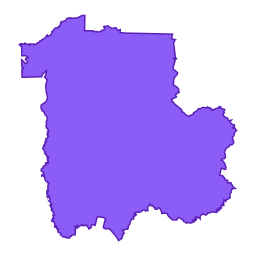 outline of Chau Duc, Bà Rịa - Vũng Tàu, Vietnam
{"feature_id": "81297802B77796697839152", "entity_name": "Chau Duc", "entity_type": "district", "adm_level": 2, "iso_a3": "VNM", "parent_name": "Vietnam", "parent_adm1": "Bà Rịa - Vũng Tàu", "projection": "orthographic", "projection_center": [107.232, 10.656], "detail": "fine", "context": "isolated", "style": "filled", "palette": "violet", "viewbox_px": 256, "rotation_deg": 0, "n_neighbors": 0, "source": "geoboundaries", "source_scale": "gbopen_adm2", "svg_char_len": 5744}
<svg xmlns="http://www.w3.org/2000/svg" viewBox="0 0 256 256"><path d="M122.0,238.4L122.3,236.0L123.0,235.5L122.5,234.2L123.3,233.2L123.6,233.6L124.2,233.4L123.4,231.8L123.6,231.0L122.6,230.1L124.4,229.9L125.7,229.1L127.7,229.3L128.4,227.0L127.9,226.4L129.7,224.4L130.2,221.9L132.1,218.6L134.1,219.3L133.4,218.8L133.8,216.8L136.3,214.8L135.7,214.0L134.6,214.6L135.2,213.6L134.4,213.7L134.3,213.3L135.8,212.4L140.0,212.2L143.8,209.7L145.7,211.0L146.6,210.3L147.8,210.7L147.6,206.9L149.7,204.9L149.7,203.8L150.2,203.9L151.0,205.8L152.8,205.7L154.2,207.9L155.4,208.0L155.3,209.2L157.4,209.2L158.1,207.9L159.6,208.0L161.6,211.6L161.7,213.4L165.3,213.1L167.8,214.1L167.7,215.0L168.7,216.6L169.6,216.9L170.2,218.2L171.2,218.5L172.2,219.8L176.9,220.0L178.1,217.4L178.6,217.4L182.9,219.9L183.8,221.6L185.3,222.0L186.5,223.2L188.0,222.5L190.5,223.1L194.1,221.8L194.1,220.9L192.7,220.5L194.6,219.1L195.7,220.5L196.5,219.2L195.4,217.2L196.9,216.9L198.4,218.1L199.6,217.8L200.1,218.6L200.1,216.3L202.9,213.7L205.7,215.1L207.6,213.8L207.9,212.6L209.9,213.0L211.6,211.8L216.6,212.4L217.3,211.5L216.3,210.0L216.8,209.3L217.6,209.4L217.5,210.6L219.0,210.6L218.9,209.1L220.1,209.1L221.2,208.3L221.3,207.5L220.2,207.5L220.9,207.0L221.1,205.8L223.9,205.4L223.8,204.9L222.2,204.6L223.8,203.2L223.1,202.5L223.9,201.5L224.0,199.8L225.8,201.4L226.1,199.7L227.2,199.6L230.2,197.7L229.8,194.2L231.2,192.4L230.9,191.5L231.6,189.8L232.9,188.5L235.2,188.4L233.1,186.9L230.8,182.6L227.3,182.8L227.8,180.4L225.1,179.9L225.0,178.8L223.0,176.0L219.7,175.0L221.2,168.5L222.0,168.3L224.7,169.5L225.6,169.2L226.1,167.8L224.7,163.3L223.1,161.1L221.4,160.2L222.0,158.9L224.0,158.8L225.5,157.6L225.1,153.9L224.3,152.0L226.2,148.3L228.9,146.6L230.1,144.8L232.1,144.7L233.6,143.1L233.8,142.3L232.3,137.6L233.6,136.1L235.1,131.7L236.6,130.5L235.1,128.6L233.0,128.1L232.9,127.4L234.5,127.3L234.4,124.9L232.3,124.4L230.4,122.5L230.0,121.5L231.3,120.2L228.8,120.6L227.9,119.7L227.6,118.1L225.4,117.5L223.0,115.1L223.2,113.9L224.3,112.9L223.8,111.5L224.8,109.6L221.3,108.5L220.7,106.8L219.0,106.6L218.8,108.2L217.9,107.9L213.6,109.5L213.5,110.3L212.3,109.6L211.7,110.2L211.0,109.8L210.5,109.3L211.0,108.4L209.2,107.6L208.3,107.9L207.6,106.9L206.4,107.8L203.3,107.4L201.8,107.7L201.1,108.8L198.4,108.7L197.5,110.4L193.5,112.8L193.3,114.3L188.6,116.1L186.8,115.6L183.2,112.2L182.3,112.2L181.7,110.0L180.3,108.6L174.7,104.1L173.4,102.1L171.9,101.8L172.1,99.9L171.6,99.3L176.4,97.0L175.4,94.7L179.3,92.1L178.4,91.3L178.8,89.8L177.4,87.4L173.2,84.7L174.0,78.2L177.3,74.2L177.5,72.6L172.8,68.6L175.1,60.9L173.5,57.8L175.3,59.3L176.5,58.8L175.4,57.4L173.6,43.2L174.7,40.4L175.4,39.7L171.5,38.7L172.5,34.1L125.6,33.1L120.1,32.5L120.3,29.6L117.7,30.4L116.2,27.9L115.1,27.6L112.9,28.6L109.5,27.2L107.7,25.7L105.2,27.0L104.8,26.3L104.0,26.3L103.8,27.0L104.7,27.7L104.0,30.2L102.3,30.1L101.0,31.5L99.5,31.5L98.5,32.2L96.1,31.4L94.9,31.8L93.4,30.9L84.6,30.7L84.8,15.4L82.0,15.5L77.6,17.8L76.1,18.0L71.8,18.3L70.4,17.7L70.3,18.3L69.1,18.4L68.5,17.9L66.6,18.7L66.6,19.6L65.6,20.5L63.0,21.6L62.0,21.4L61.7,22.1L60.6,22.3L60.4,24.7L58.9,26.3L59.4,26.6L58.3,27.6L55.9,27.8L54.1,29.0L53.8,30.2L51.9,31.5L51.7,33.5L50.1,35.3L48.7,36.1L47.9,35.7L47.4,36.1L47.1,35.1L44.4,38.6L42.2,39.4L41.7,40.6L40.1,40.7L39.0,42.5L37.7,42.6L36.2,44.3L34.3,44.1L34.5,44.9L33.9,44.2L33.3,44.6L32.4,44.0L31.4,44.0L31.1,44.6L29.9,44.0L29.5,44.6L29.3,43.9L27.4,44.6L25.8,43.6L25.0,44.1L24.8,43.3L24.0,44.2L22.3,43.8L21.6,44.9L20.8,43.7L19.4,44.6L21.7,47.0L21.8,55.8L25.7,55.7L28.0,56.9L28.0,57.9L27.0,57.6L25.5,58.7L25.6,59.9L26.2,60.0L27.6,61.8L26.4,63.4L24.9,63.6L24.5,62.4L21.7,59.8L21.8,66.5L22.5,67.8L23.2,67.6L23.3,68.7L21.9,69.1L22.1,77.3L41.7,76.7L42.5,74.1L46.5,70.8L46.1,73.5L44.6,77.2L47.1,79.7L45.6,86.3L46.7,94.3L47.4,95.3L47.4,98.3L46.2,101.4L41.3,105.0L40.9,107.8L41.9,110.3L44.0,112.0L45.1,114.7L46.1,115.4L47.5,118.3L46.2,122.1L46.6,125.1L46.0,125.5L46.4,127.4L47.4,129.0L48.3,129.2L48.3,130.8L47.7,131.6L48.4,131.8L47.7,132.7L48.3,132.8L47.1,134.5L47.9,136.3L48.2,135.7L48.7,136.1L46.4,138.8L45.2,138.9L46.2,139.3L46.4,140.3L45.6,141.0L46.3,141.3L44.9,142.3L45.4,143.4L43.6,145.5L44.4,146.0L42.6,148.3L45.4,152.4L44.7,153.0L45.4,153.5L45.2,154.1L46.2,154.2L46.2,155.0L47.0,155.7L46.8,156.6L47.7,157.2L48.3,156.9L48.4,158.3L47.5,158.0L47.3,159.1L47.4,160.1L48.3,160.7L48.2,161.9L47.3,162.2L48.1,163.1L45.7,162.9L46.0,165.1L45.0,165.1L43.5,166.3L42.6,168.1L41.3,169.1L41.2,171.0L43.5,172.3L43.5,173.9L42.8,174.3L43.4,174.6L41.9,175.1L41.8,175.9L42.8,175.4L43.5,176.3L44.3,176.2L45.3,180.5L47.0,181.7L47.4,182.6L48.8,182.8L47.8,186.1L48.1,188.6L47.4,189.5L48.3,191.5L47.7,192.1L47.3,190.9L46.8,191.3L46.8,193.9L48.1,195.1L47.1,196.4L48.3,196.3L48.2,197.1L49.0,196.1L49.5,196.4L49.6,198.8L50.2,199.4L48.8,201.0L49.9,201.2L51.0,203.8L51.8,204.2L51.8,204.7L50.8,204.7L51.1,205.8L50.1,205.7L51.6,208.0L51.5,209.2L53.0,208.4L51.4,210.2L52.6,211.1L52.6,212.0L53.5,211.9L54.5,214.9L52.9,214.9L53.7,218.7L53.0,219.3L53.1,218.4L52.6,218.5L51.9,220.4L52.7,220.6L52.0,221.2L54.4,222.2L55.0,225.5L54.4,226.1L55.1,227.3L56.3,226.5L56.1,227.4L56.9,227.6L56.9,228.5L57.9,228.6L57.3,229.2L58.6,230.3L57.9,231.0L58.3,232.4L60.0,232.7L60.6,233.4L60.5,234.7L61.1,234.4L62.6,236.9L64.6,236.7L65.1,237.4L65.8,237.2L66.3,237.7L66.7,237.2L68.5,238.2L69.8,237.8L70.1,236.6L71.5,236.1L71.2,235.6L72.3,234.9L75.1,234.8L75.4,231.1L75.0,230.5L75.5,229.3L75.4,227.4L74.6,227.0L75.1,226.1L76.3,226.3L77.3,225.5L77.2,228.0L81.7,224.8L82.5,225.6L83.3,225.1L84.1,225.8L86.5,224.9L87.5,227.0L88.7,227.8L88.9,228.9L90.9,227.8L91.9,224.9L93.0,224.6L95.1,225.3L97.3,216.7L103.5,217.5L105.5,218.5L103.3,226.9L103.9,228.2L106.1,229.0L108.0,228.5L110.4,229.7L116.3,236.7L118.6,240.6L122.0,238.4Z" fill="#8b5cf6" stroke="#5b21b6" stroke-width="1.5"/></svg>